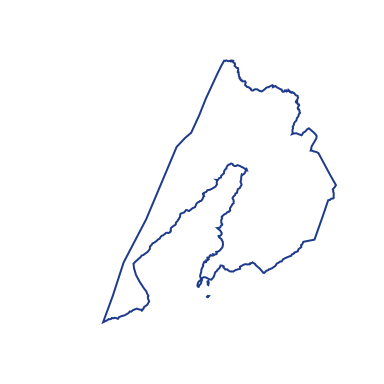 Mangochi, Mangochi, Malawi (orthographic projection), rotated 244°
{"feature_id": "42251766B89682559169951", "entity_name": "Mangochi", "entity_type": "district", "adm_level": 2, "iso_a3": "MWI", "parent_name": "Malawi", "parent_adm1": "Mangochi", "projection": "orthographic", "projection_center": [35.105, -14.138], "detail": "fine", "context": "isolated", "style": "outline", "palette": "blue", "viewbox_px": 384, "rotation_deg": 244, "n_neighbors": 0, "source": "geoboundaries", "source_scale": "gbopen_adm2", "svg_char_len": 6104}
<svg xmlns="http://www.w3.org/2000/svg" viewBox="0 0 384 384"><g transform="rotate(244 192 192)"><path d="M198.0,325.0L197.9,323.0L196.6,319.9L196.6,318.0L195.2,316.0L195.0,315.2L199.1,311.5L200.0,309.1L200.2,307.3L201.2,308.6L202.6,308.9L203.9,309.6L205.0,310.8L206.5,311.1L207.6,312.9L208.8,313.6L209.8,315.0L210.4,317.0L212.3,318.6L213.4,320.8L215.1,322.1L215.7,323.8L216.9,323.7L217.9,324.3L218.9,324.3L219.5,324.3L219.7,323.7L220.5,323.6L220.7,323.9L221.4,324.0L223.1,326.4L223.5,326.5L223.9,326.4L224.0,325.8L225.7,325.4L225.9,325.8L226.5,325.9L227.0,324.8L227.7,324.9L228.3,325.8L228.2,326.7L228.9,327.1L230.3,328.6L231.9,329.0L232.2,329.0L233.4,327.7L236.3,327.1L236.5,326.6L237.6,326.2L237.5,325.2L238.4,324.9L238.4,324.3L238.9,324.3L239.2,323.8L240.1,324.0L240.3,323.9L240.0,323.7L240.3,323.2L241.3,323.1L241.0,322.8L240.9,321.0L241.5,320.8L242.2,320.9L242.1,320.4L242.5,320.0L242.0,319.5L242.2,319.2L241.9,318.6L242.1,317.7L242.8,317.3L244.9,317.4L245.0,317.0L249.3,313.9L250.7,313.4L250.8,310.8L251.9,311.6L252.8,311.0L252.7,306.3L253.0,305.9L253.2,304.7L252.4,302.3L251.8,298.9L253.1,297.2L255.7,295.6L256.5,294.2L256.8,292.8L256.4,291.5L257.2,290.1L258.2,289.9L258.9,290.1L259.5,290.0L259.8,289.4L261.1,289.1L262.3,287.5L263.6,287.2L264.6,286.6L265.6,287.1L266.8,288.3L268.2,288.3L269.4,285.8L270.6,285.8L271.0,284.9L271.4,284.9L271.5,285.2L271.9,285.3L272.4,284.8L273.3,284.5L274.0,285.3L274.7,284.9L276.5,285.2L277.1,285.7L277.9,285.7L279.1,286.4L279.6,285.7L279.9,285.7L281.8,287.3L283.3,287.6L283.9,286.6L286.8,285.6L287.9,286.6L288.8,286.9L290.4,285.9L291.2,286.1L291.8,286.6L292.2,286.1L292.1,285.7L292.7,285.2L292.1,284.8L292.3,284.2L292.8,284.4L293.1,284.1L293.7,281.9L295.3,280.4L295.2,279.4L296.1,278.9L296.4,279.1L292.7,273.8L287.7,267.3L269.7,245.2L257.7,232.0L245.6,217.2L243.6,209.4L239.3,198.0L187.6,138.9L158.6,99.6L133.6,75.5L113.9,55.0L113.9,59.7L114.3,61.3L113.7,62.1L113.4,63.9L113.9,64.8L113.0,65.9L112.8,67.4L112.1,68.4L110.5,69.8L111.5,71.6L111.3,75.0L110.9,76.0L110.7,77.5L111.0,81.8L111.9,83.8L111.1,84.8L111.7,87.0L111.4,91.2L109.6,93.0L108.4,95.0L108.1,95.2L107.6,94.8L107.3,94.9L108.6,97.6L109.5,98.3L110.3,102.4L112.5,105.6L114.8,105.6L117.0,106.2L117.7,107.3L120.5,107.1L122.8,107.4L125.7,106.7L134.3,105.6L141.9,105.3L149.0,106.5L153.2,108.0L154.7,112.1L154.7,112.9L155.5,114.8L155.8,117.0L156.5,117.7L156.9,119.2L156.7,120.5L157.7,126.1L159.3,129.2L161.4,130.3L162.0,132.2L163.1,133.9L163.1,136.1L163.5,138.6L164.3,140.9L164.2,142.4L165.2,143.8L165.9,145.3L165.7,146.9L166.6,150.7L166.5,151.5L165.4,153.0L165.5,154.9L166.1,155.2L166.2,155.9L168.0,156.6L169.0,157.6L169.7,160.7L169.6,161.7L170.1,163.3L171.5,164.1L172.5,166.7L173.0,167.1L173.4,168.3L174.3,169.1L174.6,170.0L175.5,170.8L176.4,171.1L177.5,172.2L177.1,176.2L178.4,178.7L177.8,179.7L176.5,180.6L176.2,181.3L177.2,185.3L177.1,188.1L179.7,191.1L180.2,193.3L180.0,194.2L180.4,195.0L180.0,196.2L180.8,198.0L182.8,200.3L182.9,201.1L183.9,201.1L184.5,201.4L184.9,200.8L185.6,201.0L186.0,201.9L185.9,205.0L186.9,206.7L186.2,208.8L186.2,212.5L186.6,215.6L187.9,217.7L189.5,218.3L191.4,219.6L192.2,219.2L191.7,220.1L191.6,220.9L192.5,222.2L192.4,224.5L193.8,225.4L194.8,228.9L196.5,229.9L197.7,231.6L198.0,233.2L199.1,233.9L200.1,235.4L200.5,236.7L200.2,238.3L200.5,239.4L200.1,240.1L199.2,240.8L198.1,240.7L197.0,241.3L196.1,242.9L196.2,244.7L194.9,246.0L191.3,248.8L189.9,249.5L189.3,250.4L189.2,251.1L187.4,250.9L187.7,250.6L187.6,249.6L186.2,248.2L185.5,246.8L185.2,244.5L185.7,244.7L186.0,244.5L184.2,243.0L181.3,241.4L180.1,240.1L177.1,239.9L176.2,239.1L176.1,238.6L174.5,236.6L174.5,234.6L172.8,232.9L171.6,232.2L171.6,230.4L170.3,229.3L170.0,227.8L168.9,225.9L168.3,225.6L166.4,225.8L163.6,224.5L163.3,222.9L161.8,220.9L161.1,219.4L160.2,218.7L158.8,218.3L158.3,217.5L158.4,216.5L158.0,216.1L158.4,215.0L157.7,213.4L157.7,211.0L156.7,207.9L156.3,207.6L155.2,207.6L153.9,205.9L151.7,204.9L150.7,204.8L150.0,205.1L149.2,204.7L149.0,203.1L147.9,202.0L147.8,201.1L148.5,198.9L144.9,200.5L142.1,200.7L141.2,200.2L140.4,198.7L140.3,197.7L140.9,196.8L140.8,196.5L139.2,196.5L137.1,197.7L136.0,197.9L135.5,197.6L134.0,197.9L131.1,196.8L128.9,195.0L127.3,191.4L127.0,189.2L127.5,187.5L126.5,187.6L125.5,187.0L125.5,186.2L126.2,184.4L126.6,183.9L125.7,183.9L125.6,183.1L126.3,181.7L127.1,181.3L127.0,180.1L126.2,179.6L126.0,179.1L125.9,177.6L126.3,177.1L126.1,176.8L125.4,176.9L125.2,177.8L124.1,177.5L124.0,176.5L124.3,175.1L123.9,175.2L122.8,173.9L123.1,173.2L123.9,173.0L123.7,171.9L122.7,171.1L121.8,169.9L120.6,169.7L120.4,169.0L119.8,168.6L118.4,166.6L116.2,165.3L113.6,162.9L112.3,162.2L110.5,162.1L110.2,163.0L110.3,164.9L109.9,166.0L109.0,167.1L105.8,169.4L104.7,171.0L106.3,174.5L109.7,177.7L110.1,179.6L111.2,181.4L111.5,183.2L113.4,185.4L112.6,186.9L111.3,187.9L110.9,187.8L110.4,187.2L107.6,188.1L107.2,189.6L104.4,190.9L103.3,192.3L103.3,192.9L102.4,194.1L102.8,197.1L101.9,201.6L103.8,202.3L104.0,206.9L103.7,208.4L102.6,210.1L101.7,212.3L101.8,212.9L102.1,213.0L102.2,212.4L102.5,213.0L102.0,215.0L102.2,215.5L99.5,217.2L98.7,217.1L93.2,219.4L88.1,220.7L88.1,221.2L87.6,221.7L88.7,224.4L88.3,226.0L88.8,227.4L88.5,227.9L88.4,230.3L89.0,234.5L90.5,236.7L90.5,238.9L90.9,240.6L90.3,242.2L91.7,244.4L91.6,249.6L91.2,253.3L92.1,254.2L92.0,256.5L92.2,257.1L92.7,257.4L92.3,261.1L93.2,261.8L94.0,262.9L94.5,266.0L96.4,266.8L96.3,267.6L98.4,270.3L95.5,281.2L113.2,299.2L124.9,310.8L124.4,312.6L125.0,314.2L124.3,316.1L124.5,316.7L129.0,318.9L130.6,319.1L131.6,319.7L132.7,319.7L133.8,322.4L135.1,324.4L145.6,323.7L171.5,322.7L173.6,321.2L175.3,319.0L176.3,318.3L177.2,316.8L178.1,317.8L180.4,319.3L185.7,327.3L187.6,328.5L188.3,328.6L191.2,327.9L198.0,325.0ZM109.8,162.7L109.9,162.1L109.2,161.5L108.6,159.0L107.9,157.8L106.5,156.5L105.4,155.8L104.6,155.7L103.9,156.1L103.8,156.5L105.1,157.9L105.4,159.2L106.3,160.4L107.6,161.2L108.5,162.5L109.8,162.7ZM102.2,166.2L101.8,165.6L101.3,165.9L103.3,167.4L104.8,167.5L104.9,166.9L104.4,166.4L103.7,166.6L102.9,166.1L102.2,166.2ZM91.1,161.6L91.7,160.7L91.2,159.5L90.7,159.7L90.5,160.3L91.1,161.6Z" fill="none" stroke="#1e3a8a" stroke-width="2"/></g></svg>